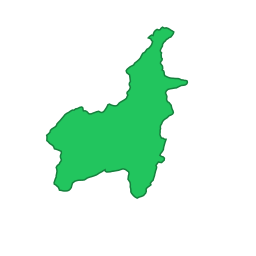 Serranópolis de Minas, Minas Gerais, Brazil, rotated 235°
{"feature_id": "56859067B28805372666394", "entity_name": "Serranópolis de Minas", "entity_type": "district", "adm_level": 2, "iso_a3": "BRA", "parent_name": "Brazil", "parent_adm1": "Minas Gerais", "projection": "natural_earth1", "projection_center": [-42.853, -15.87], "detail": "fine", "context": "isolated", "style": "filled", "palette": "green", "viewbox_px": 256, "rotation_deg": 235, "n_neighbors": 0, "source": "geoboundaries", "source_scale": "gbopen_adm2", "svg_char_len": 4058}
<svg xmlns="http://www.w3.org/2000/svg" viewBox="0 0 256 256"><g transform="rotate(235 128 128)"><path d="M65.3,95.3L65.0,97.6L64.2,99.9L63.8,102.1L64.2,103.6L64.5,105.0L65.6,106.6L67.6,107.8L68.1,109.2L68.2,111.0L68.2,112.6L68.3,114.2L69.9,114.6L70.6,116.6L70.8,118.5L72.3,120.4L73.7,122.3L74.8,123.4L75.8,124.6L77.2,126.2L78.5,128.0L79.6,129.1L81.3,129.4L82.1,131.6L82.7,133.5L81.6,134.3L80.4,135.7L80.7,137.8L80.9,139.2L82.4,140.5L84.0,140.3L85.6,139.1L87.3,138.4L88.3,139.9L88.8,141.7L89.4,143.3L90.1,144.7L91.2,145.6L92.4,146.9L93.8,148.6L95.1,150.2L96.0,151.5L96.9,152.7L97.9,151.4L99.5,150.9L100.6,149.6L102.7,149.9L104.6,150.5L106.1,151.9L107.9,153.1L108.7,154.2L110.2,155.0L111.4,156.1L112.1,157.9L113.3,159.6L114.0,161.7L114.1,163.7L114.0,166.1L114.5,168.6L114.0,170.8L113.9,172.5L114.5,173.9L116.0,174.6L117.4,174.8L118.7,175.1L120.1,175.6L121.9,176.4L125.2,176.2L126.8,175.5L128.3,175.6L129.6,176.2L130.5,177.1L131.6,178.0L133.2,178.4L135.2,178.8L136.4,180.6L136.7,182.9L135.9,185.1L135.0,186.9L134.2,188.7L133.1,190.7L132.7,193.6L132.3,196.0L131.0,198.3L130.4,199.9L130.5,201.6L131.3,202.8L132.5,203.4L133.7,202.7L134.7,201.4L135.8,200.6L136.8,199.3L138.2,198.6L139.5,197.7L140.5,196.4L141.6,194.9L142.7,193.7L143.6,192.5L145.0,191.0L146.5,189.9L147.9,189.1L149.8,188.1L151.6,188.7L152.9,189.5L154.3,189.9L155.9,189.3L157.0,190.7L158.9,191.7L160.7,191.7L162.2,191.6L163.5,192.7L164.0,194.6L165.0,195.7L166.5,195.7L167.8,196.5L169.3,197.3L170.3,198.6L171.6,198.3L173.1,199.0L174.3,200.9L175.3,203.1L176.8,204.4L177.7,206.6L177.9,208.6L178.5,210.2L178.3,211.7L178.5,213.3L178.0,215.4L178.7,217.6L179.3,219.2L180.4,220.6L182.2,219.9L183.6,219.2L185.0,218.7L186.7,217.9L188.1,216.8L189.0,215.0L190.8,214.1L190.7,212.2L190.1,210.8L190.6,209.4L192.1,208.4L192.2,206.4L191.7,204.6L190.7,203.0L189.4,201.6L190.6,200.6L190.6,198.2L190.2,196.3L189.0,197.1L187.9,197.8L186.3,197.5L184.8,197.8L183.5,196.3L182.4,194.6L181.9,193.1L181.4,191.0L181.6,188.5L180.9,186.7L180.4,185.0L180.7,182.9L179.7,180.9L178.9,179.4L178.2,178.2L177.7,176.1L177.4,173.3L177.3,170.7L176.4,168.8L176.6,167.1L176.9,165.0L176.8,162.9L176.6,161.0L175.9,159.3L174.0,158.7L172.4,159.2L170.6,159.7L168.3,158.6L166.5,157.6L164.8,156.7L163.9,154.8L162.6,153.8L161.0,153.6L159.8,153.1L158.6,151.4L158.0,149.2L157.8,147.8L156.7,146.9L155.1,146.8L154.2,145.2L153.2,143.7L153.1,141.7L153.3,138.9L153.5,136.7L153.5,135.1L153.0,133.5L152.7,132.0L153.2,130.5L154.2,129.3L155.2,128.4L156.4,127.5L158.2,126.5L158.6,124.9L157.9,123.8L156.9,121.8L156.2,120.0L155.6,118.5L155.4,117.1L155.6,115.6L156.6,114.5L158.5,113.6L159.3,111.6L159.7,109.9L160.3,107.7L160.7,105.9L161.9,104.2L163.6,103.9L165.1,103.7L166.6,102.8L167.6,101.3L169.1,101.8L170.3,102.5L171.7,102.2L172.5,100.5L172.9,97.8L173.7,96.1L173.6,94.0L174.6,92.7L174.8,90.7L174.8,88.1L175.1,86.5L175.1,84.2L174.3,81.5L173.7,79.2L173.0,76.7L172.6,74.4L172.1,72.2L171.0,70.7L170.7,69.0L170.8,66.9L170.9,65.1L170.6,63.2L169.2,61.5L168.8,59.4L168.7,57.2L167.4,56.7L165.8,55.5L164.2,54.3L162.9,54.7L160.4,55.0L158.5,55.7L156.7,56.4L154.9,56.3L153.1,55.8L152.0,56.8L150.8,57.7L149.3,58.7L147.2,59.9L145.6,59.0L144.8,57.8L143.9,56.6L142.8,55.9L141.4,55.5L140.1,55.1L139.3,54.0L138.9,52.7L137.9,50.9L137.8,48.6L136.9,46.6L134.8,45.9L133.1,44.9L131.6,43.4L130.3,42.0L129.0,41.0L128.1,39.4L126.7,37.6L125.6,36.1L124.3,35.4L122.8,36.2L121.5,36.4L119.9,36.9L117.9,36.7L116.4,36.2L115.1,37.6L113.7,38.8L112.6,40.2L111.4,42.1L110.9,43.8L111.1,45.5L111.8,47.4L113.2,49.0L114.7,50.9L114.9,53.9L114.2,56.1L113.4,57.9L112.3,59.5L111.4,60.8L110.5,62.6L110.4,64.1L110.4,66.0L109.8,68.3L109.0,70.5L108.4,72.5L107.7,75.2L107.6,76.9L107.6,78.4L107.4,80.1L107.2,81.8L107.2,83.4L107.0,85.3L105.6,84.6L104.2,85.3L103.3,86.7L102.3,88.4L101.6,90.2L100.9,91.5L100.3,92.8L99.6,94.3L98.7,96.2L98.2,98.1L97.4,100.5L95.5,102.1L93.4,102.8L91.7,103.4L89.8,102.5L88.6,100.9L87.2,99.7L86.0,98.6L84.5,98.6L82.3,98.5L80.3,97.5L78.4,96.0L76.7,95.4L75.3,94.6L74.0,93.7L72.5,93.5L71.0,93.6L69.5,93.7L67.3,94.3L65.3,95.3Z" fill="#22c55e" stroke="#15803d" stroke-width="1.5"/></g></svg>